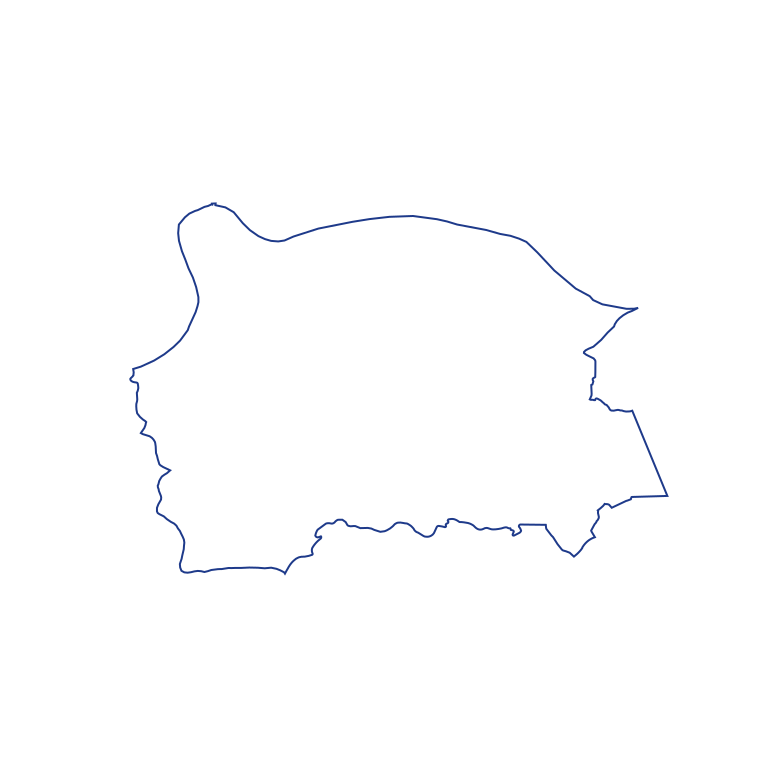 Cicuco, Bolívar, Colombia, rotated 65°
{"feature_id": "7082276B7250300282061", "entity_name": "Cicuco", "entity_type": "district", "adm_level": 2, "iso_a3": "COL", "parent_name": "Colombia", "parent_adm1": "Bolívar", "projection": "robinson", "projection_center": [-74.658, 9.237], "detail": "fine", "context": "isolated", "style": "outline", "palette": "blue", "viewbox_px": 768, "rotation_deg": 65, "n_neighbors": 0, "source": "geoboundaries", "source_scale": "gbopen_adm2", "svg_char_len": 6141}
<svg xmlns="http://www.w3.org/2000/svg" viewBox="0 0 768 768"><g transform="rotate(65 384 384)"><path d="M514.0,553.9L511.9,551.1L510.6,549.2L509.3,547.4L508.0,545.3L506.9,543.1L506.3,541.6L505.8,540.0L505.2,537.7L505.1,535.7L505.1,534.5L505.3,533.4L505.7,531.8L507.0,528.7L507.6,526.3L508.0,524.7L508.3,522.2L508.4,521.8L508.4,521.2L508.3,520.9L507.9,520.5L507.6,520.4L505.7,520.2L504.5,519.8L503.3,519.2L502.2,518.2L500.7,515.8L499.5,513.4L498.8,511.7L498.2,510.0L497.3,506.6L496.8,505.9L496.0,505.5L495.4,505.6L495.3,507.1L495.1,508.7L494.8,509.2L494.2,509.8L493.5,510.2L492.7,510.3L492.3,510.3L492.2,510.2L491.2,509.4L490.3,508.6L489.0,507.2L488.0,505.7L486.0,495.7L486.1,494.8L486.5,493.5L487.1,492.3L488.3,490.6L488.6,490.0L488.7,489.4L488.8,488.7L488.7,488.1L488.6,487.4L488.0,486.1L487.8,485.3L487.6,484.4L487.6,483.1L489.4,479.1L492.9,477.1L496.4,476.8L497.4,476.3L498.8,474.5L500.0,471.3L500.7,470.0L504.6,466.4L507.6,459.5L509.7,456.5L512.1,454.5L516.4,449.8L517.7,445.6L517.8,443.5L517.7,442.0L517.5,439.7L517.0,437.5L516.6,436.0L515.7,433.8L515.5,433.1L515.4,431.8L515.4,430.6L515.9,429.1L516.5,427.7L517.9,425.6L519.1,423.9L519.8,422.7L520.3,422.0L521.3,421.2L523.2,420.0L524.3,419.4L526.6,418.6L527.7,418.3L529.2,418.2L530.0,418.0L530.7,417.7L531.4,417.4L532.1,416.9L532.9,416.1L534.2,415.2L538.5,412.4L539.5,411.5L540.4,410.0L541.0,408.8L541.4,407.0L541.4,405.1L541.0,403.3L540.2,401.7L535.9,396.6L535.6,396.0L535.5,395.5L535.6,394.8L535.8,394.3L537.7,391.5L539.4,389.4L539.6,388.9L539.6,388.6L539.5,388.3L539.2,387.9L538.9,387.8L538.4,387.8L538.0,387.7L537.6,387.5L537.4,387.2L537.1,386.8L537.0,386.4L537.0,386.0L537.1,385.4L537.0,385.0L536.9,384.6L536.7,384.3L536.4,384.1L536.0,383.9L535.1,384.0L534.8,384.0L534.3,383.5L534.0,383.0L534.0,382.6L534.6,380.5L535.0,379.5L535.4,378.7L536.0,377.8L536.6,377.1L537.8,376.0L538.9,375.2L541.0,373.9L541.9,372.1L543.1,370.1L545.5,366.6L546.8,365.2L548.2,364.0L549.8,362.9L550.7,362.5L552.6,361.8L554.0,361.1L555.1,360.3L555.7,359.7L556.2,359.1L556.8,358.0L557.2,356.7L557.3,355.5L557.3,353.5L557.5,352.8L557.7,352.1L558.0,351.5L558.4,350.9L560.5,348.7L561.2,347.8L561.9,346.6L562.9,344.2L563.8,341.4L564.5,338.6L564.7,337.2L564.9,335.8L565.2,334.7L565.5,333.9L566.2,333.0L567.0,332.4L567.6,331.7L568.2,330.5L569.0,330.5L569.8,330.7L570.6,329.7L571.2,329.1L571.7,328.7L572.2,328.7L572.5,328.7L572.8,328.9L574.7,331.0L575.0,331.1L575.6,331.2L576.0,330.9L576.2,330.6L576.3,330.3L576.3,329.7L576.1,324.0L575.9,323.2L575.5,322.4L575.0,321.8L574.7,321.7L572.8,321.6L571.7,321.7L570.4,322.0L570.0,321.9L569.5,321.6L569.2,321.3L569.0,320.7L568.9,320.0L580.0,296.9L582.6,297.8L583.8,298.1L592.0,296.3L594.2,295.5L602.5,294.4L609.2,292.8L610.0,292.4L610.5,292.1L612.5,289.8L615.4,287.0L620.7,284.8L619.7,281.1L619.1,279.3L618.4,277.5L617.6,275.7L616.5,273.7L616.0,273.4L614.6,271.1L613.6,269.0L612.8,266.8L612.2,264.5L611.9,262.3L611.8,259.9L612.0,257.6L605.4,258.3L604.4,258.2L600.1,252.4L599.4,250.8L598.9,250.0L598.2,249.3L597.9,248.5L597.6,247.8L596.4,246.2L595.7,245.7L595.1,245.4L591.4,244.6L590.4,244.1L589.6,243.6L588.9,243.7L588.1,240.3L587.1,237.0L586.5,235.7L585.9,234.7L586.6,233.8L587.0,232.8L587.4,232.2L587.9,231.6L588.4,231.2L588.6,231.0L592.4,229.9L592.3,213.8L592.5,212.9L592.8,209.0L592.0,208.4L591.1,207.4L591.3,206.7L605.2,174.5L513.1,170.3L512.8,172.6L511.3,176.2L509.9,178.2L508.6,179.5L507.7,181.2L507.3,181.5L506.3,182.9L505.8,184.7L505.3,186.9L504.4,188.8L503.4,189.8L501.7,190.2L500.3,190.2L497.1,191.1L495.8,192.4L493.7,193.1L493.0,193.6L492.0,193.9L490.4,194.6L487.8,196.5L487.0,197.3L486.8,197.8L486.9,198.5L487.3,199.0L487.6,199.2L487.8,199.5L487.6,200.0L487.3,200.6L486.6,201.3L485.7,203.3L484.9,204.0L482.1,200.8L480.7,200.0L472.5,196.6L472.5,195.3L470.0,193.1L469.0,193.2L467.7,192.8L467.1,191.7L467.1,190.2L466.9,189.6L462.5,187.4L453.0,182.9L451.8,182.6L449.4,183.2L445.8,186.1L443.0,188.3L440.4,189.7L439.5,189.2L438.7,187.1L438.5,183.6L438.7,178.5L435.8,168.5L431.9,159.6L429.1,151.2L427.4,149.6L425.3,146.3L423.9,142.8L422.8,138.1L422.3,132.9L422.6,128.4L422.4,121.5L421.5,125.5L418.3,132.5L404.1,152.4L396.3,159.0L391.4,160.4L378.6,169.9L353.1,181.7L329.3,189.5L315.4,194.9L309.3,200.2L303.1,206.8L297.1,215.3L287.6,226.3L270.4,250.3L263.4,258.1L257.0,266.4L244.0,286.7L234.8,308.4L228.4,327.5L223.7,344.0L215.4,377.8L212.1,403.7L211.9,413.5L210.1,419.6L206.6,425.8L202.4,430.6L196.9,435.3L187.9,440.5L178.6,444.0L164.8,447.6L156.9,453.1L150.7,461.2L149.2,460.3L147.8,463.7L148.7,464.0L148.3,464.5L148.3,468.2L147.6,471.8L147.7,479.3L147.3,482.1L147.3,488.4L148.8,494.0L152.8,502.5L160.3,506.8L167.6,509.3L178.2,511.0L187.3,511.5L196.6,512.3L206.8,512.2L216.8,513.3L226.8,515.5L231.4,517.6L234.6,520.1L239.3,524.4L249.5,536.4L252.3,539.1L258.5,550.5L261.5,559.1L264.2,570.5L265.6,582.4L265.5,597.1L264.4,605.0L267.6,605.9L270.3,607.5L270.4,608.0L270.8,608.4L271.7,611.0L272.2,611.8L272.9,612.0L273.8,612.0L275.0,611.4L276.0,610.6L276.9,609.5L278.0,607.8L278.7,607.1L279.6,607.0L281.7,607.6L283.9,608.4L286.1,610.1L287.5,611.7L293.6,614.1L295.0,614.9L297.4,616.9L299.6,618.0L302.7,619.2L306.3,620.1L310.6,619.1L314.3,617.5L316.8,616.0L318.0,615.6L318.7,616.3L320.4,617.5L322.6,619.8L325.7,625.1L327.4,623.9L332.3,618.5L334.7,617.1L336.9,616.4L339.5,616.1L340.8,616.3L344.1,617.3L350.2,619.8L353.3,620.1L356.6,620.8L361.8,621.5L363.2,621.0L366.0,619.2L371.9,614.3L373.1,618.4L373.4,621.3L374.0,624.4L375.2,626.4L376.9,628.7L379.6,630.9L380.5,632.0L382.2,632.6L384.0,632.7L385.8,633.2L391.1,633.5L392.5,633.8L394.5,634.9L397.7,639.4L400.3,642.1L403.5,643.6L405.3,643.6L407.0,642.6L410.9,639.5L414.7,637.9L418.9,635.4L421.8,633.2L424.7,632.0L427.8,631.8L430.9,631.1L434.1,631.1L437.3,631.0L440.4,631.1L443.4,632.0L446.2,633.7L449.1,635.3L454.3,639.4L456.9,641.3L459.4,643.7L460.9,645.1L464.2,646.3L467.7,646.5L470.3,644.6L472.0,641.8L473.0,638.5L473.7,635.0L474.7,631.8L476.4,628.8L478.5,626.2L479.2,622.6L479.6,619.1L481.7,612.5L483.1,609.4L485.0,602.8L486.5,599.7L487.9,596.4L490.2,591.5L493.4,583.7L497.2,576.0L500.6,570.0L502.8,563.9L506.1,559.5L507.5,558.2L509.1,556.7L512.5,554.1L514.0,553.9Z" fill="none" stroke="#1e3a8a" stroke-width="2"/></g></svg>